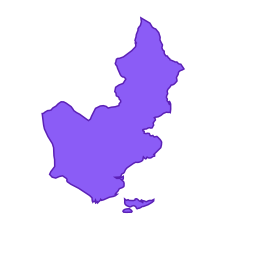 an SVG outline of Pwani, rotated 46°
{"feature_id": "TZA-3382", "entity_name": "Pwani", "entity_type": "Region", "adm_level": 1, "iso_a3": "TZA", "parent_name": "United Republic of Tanzania", "parent_adm1": "", "projection": "albers", "projection_center": [38.969, -7.175], "detail": "fine", "context": "isolated", "style": "filled", "palette": "violet", "viewbox_px": 256, "rotation_deg": 46, "n_neighbors": 0, "source": "natural_earth", "source_scale": "10m", "svg_char_len": 4568}
<svg xmlns="http://www.w3.org/2000/svg" viewBox="0 0 256 256"><g transform="rotate(46 128 128)"><path d="M166.7,128.5L166.1,129.2L165.7,130.4L165.6,131.4L165.3,132.4L164.5,133.4L163.7,134.0L163.2,134.2L162.7,134.3L162.2,134.5L162.2,135.0L162.5,135.6L162.7,136.1L162.3,136.9L161.4,137.0L160.3,137.0L159.5,137.0L160.2,138.1L160.8,138.8L161.3,139.7L161.3,141.1L161.0,142.1L160.4,143.5L159.7,144.7L157.9,146.4L157.2,148.9L156.0,156.3L156.1,157.7L156.3,159.0L157.2,161.2L157.4,162.5L157.0,163.5L156.8,164.4L157.8,166.9L157.5,168.0L154.5,171.5L156.5,171.1L158.0,169.4L158.9,167.2L159.5,165.0L160.5,165.9L161.3,166.8L161.4,167.7L160.4,168.7L162.9,168.5L164.0,168.6L165.2,169.4L167.0,171.2L167.2,172.1L166.8,173.8L165.8,176.0L165.7,176.8L166.4,179.1L166.5,181.8L166.7,183.0L167.8,182.3L168.1,182.0L167.9,184.1L167.1,186.0L164.9,189.4L162.7,195.4L161.7,197.2L161.3,197.0L161.1,197.0L160.9,197.2L160.3,197.2L160.8,198.2L160.7,200.6L160.8,201.8L159.9,201.4L159.9,201.9L159.5,203.2L158.4,202.0L157.8,201.6L157.2,201.4L157.7,202.4L157.8,203.2L157.3,203.8L156.3,204.1L156.6,204.7L155.7,204.4L153.2,202.4L149.9,202.5L137.0,205.4L128.7,208.2L124.6,209.0L123.5,208.7L122.8,207.7L121.6,207.3L116.9,208.3L115.2,211.1L113.8,214.8L110.7,216.7L106.9,216.6L105.8,213.9L104.8,207.5L99.8,202.8L96.6,200.6L90.5,195.2L86.8,193.3L78.6,191.5L70.7,188.8L67.3,186.7L58.0,179.7L58.6,179.0L58.8,178.2L58.9,176.7L59.6,173.9L59.8,173.5L60.2,173.0L60.5,172.8L60.7,172.6L60.9,172.1L61.3,171.5L61.6,171.2L61.4,167.9L62.2,164.8L62.1,161.3L62.7,157.9L64.6,156.1L67.2,155.2L73.1,154.1L75.6,154.4L77.9,154.9L81.2,154.3L84.5,153.2L95.2,151.3L95.5,148.9L94.2,146.0L91.3,137.7L92.9,132.7L94.8,130.2L97.3,128.7L99.9,128.4L101.4,125.6L103.8,122.5L105.5,119.1L105.1,118.3L104.4,117.5L104.2,115.1L102.9,114.1L101.3,114.3L100.2,113.6L98.9,113.3L97.9,113.7L96.8,114.0L96.0,113.6L95.4,113.0L94.2,112.3L92.7,112.3L90.1,108.6L90.8,104.6L92.5,100.6L91.3,95.6L90.1,95.4L88.9,95.5L88.1,95.8L87.5,96.4L86.0,96.7L84.4,96.5L77.7,94.0L75.8,93.0L73.8,92.8L72.6,92.2L72.0,90.7L71.1,89.6L70.5,88.5L70.8,87.1L72.0,85.7L73.7,81.8L75.0,71.5L74.8,66.1L73.6,64.6L71.9,63.8L72.3,63.2L73.3,63.0L71.7,62.8L69.9,62.2L69.0,60.8L68.2,59.2L66.5,57.0L64.7,53.0L63.5,51.8L63.0,49.9L62.9,48.0L60.9,44.6L57.7,42.2L67.8,39.4L72.3,40.5L74.3,40.1L76.0,39.3L80.8,39.7L85.0,41.8L86.8,43.8L89.3,44.7L92.2,45.5L93.9,47.9L95.8,48.7L97.9,48.6L98.9,49.6L100.0,50.3L102.3,50.7L102.9,50.2L103.7,49.7L104.9,50.1L106.2,50.1L107.2,49.9L108.0,50.4L111.9,48.7L113.3,48.2L114.5,47.0L115.5,46.9L116.4,47.1L117.7,46.6L118.8,45.7L124.4,46.7L124.0,48.4L123.4,49.7L122.9,51.2L123.0,52.8L123.2,53.3L124.0,54.2L124.3,54.7L125.0,57.2L125.3,57.9L125.6,58.3L127.1,59.2L128.2,60.1L128.3,60.5L128.5,63.1L128.4,64.7L127.9,66.1L127.1,67.1L127.6,68.8L127.9,72.5L128.7,74.2L129.4,74.7L130.2,75.2L130.9,75.6L131.2,76.3L131.3,77.0L131.6,77.7L132.1,78.4L132.6,79.0L133.0,79.3L133.3,79.4L134.2,79.5L134.6,79.7L134.9,80.1L135.1,80.6L135.4,80.9L136.2,81.0L138.1,81.1L138.8,81.6L139.5,81.8L140.2,81.6L140.1,81.0L139.5,80.8L138.5,80.3L137.1,79.5L139.1,80.1L140.4,80.7L144.1,84.2L146.3,86.9L145.7,87.1L144.6,88.4L143.3,89.4L142.1,92.4L141.8,95.7L140.9,98.6L139.1,101.0L138.9,102.0L140.5,102.1L141.3,102.8L141.4,104.1L141.9,106.4L143.8,107.6L144.1,108.9L144.7,110.4L144.0,111.6L142.6,112.4L141.9,113.8L141.5,115.4L140.3,116.9L139.5,118.4L140.3,119.2L141.6,118.7L143.0,120.0L144.5,119.0L145.4,117.5L146.8,116.5L147.8,116.9L149.0,117.3L150.0,116.5L150.6,115.3L151.5,115.4L152.6,115.4L154.1,113.1L156.3,112.9L157.2,113.0L158.2,112.9L159.8,113.1L161.5,113.6L163.4,115.7L164.9,118.1L165.0,127.7L165.8,127.4L166.6,128.4L166.7,128.5ZM197.3,159.1L198.3,160.2L198.2,162.4L197.1,166.9L195.2,171.3L194.3,172.5L194.2,173.0L194.2,173.4L194.1,173.8L193.7,175.2L193.5,175.6L192.9,176.4L192.8,176.8L192.4,177.6L191.6,177.6L189.8,177.1L187.9,177.7L187.0,179.2L186.6,180.7L186.0,181.6L183.3,182.7L182.0,183.0L180.9,183.0L179.6,182.4L177.8,180.6L176.7,179.7L177.4,179.6L178.5,179.5L179.0,179.3L179.1,179.1L179.2,178.6L179.4,178.2L179.5,178.2L179.7,177.7L180.1,177.6L180.5,177.6L180.9,177.5L183.8,174.7L184.7,173.2L184.1,172.4L184.5,171.3L185.3,170.8L186.3,170.6L187.5,170.6L188.6,170.4L190.7,169.4L191.8,169.2L191.5,168.7L190.9,168.6L189.1,168.8L189.1,168.3L189.9,168.1L190.6,167.8L191.9,166.9L193.3,166.3L193.9,165.8L194.4,164.1L194.9,163.1L195.6,162.2L196.1,161.9L196.5,161.5L197.1,159.8L197.3,159.1ZM187.0,183.1L189.2,182.8L190.7,182.9L191.0,183.9L190.3,184.7L187.5,187.8L185.5,189.6L184.4,189.5L184.0,188.4L184.4,186.7L185.2,185.3L187.0,183.1Z" fill="#8b5cf6" stroke="#5b21b6" stroke-width="1.5"/></g></svg>